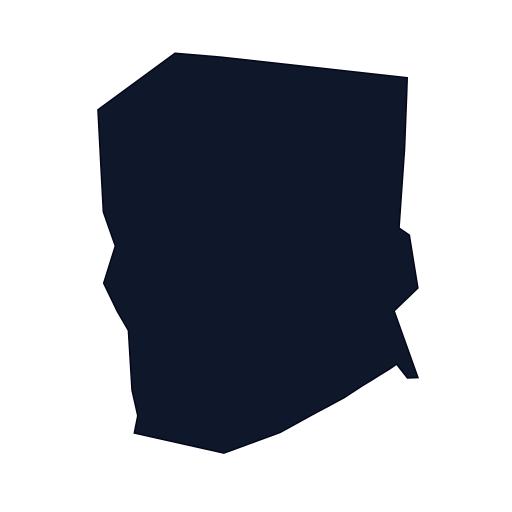 the district of Magdalena Zahuatlán, Oaxaca, Mexico, rotated 189°
{"feature_id": "50627088B33073953596655", "entity_name": "Magdalena Zahuatlán", "entity_type": "district", "adm_level": 2, "iso_a3": "MEX", "parent_name": "Mexico", "parent_adm1": "Oaxaca", "projection": "albers", "projection_center": [-97.231, 17.392], "detail": "fine", "context": "isolated", "style": "filled", "palette": "ink", "viewbox_px": 512, "rotation_deg": 189, "n_neighbors": 0, "source": "geoboundaries", "source_scale": "gbopen_adm2", "svg_char_len": 746}
<svg xmlns="http://www.w3.org/2000/svg" viewBox="0 0 512 512"><g transform="rotate(189 256 256)"><path d="M134.5,455.7L321.1,447.0L367.7,443.6L435.0,375.7L426.2,334.4L425.9,332.9L413.7,275.7L400.6,251.4L397.7,246.1L396.5,244.0L402.2,205.3L384.4,179.7L370.4,162.5L357.5,104.1L347.8,79.7L348.5,62.1L256.9,56.3L244.8,63.0L236.6,67.6L225.7,73.7L220.1,76.8L204.4,85.6L178.7,105.6L171.4,111.2L165.8,115.4L156.3,122.6L155.7,123.1L151.3,126.4L146.6,130.0L139.5,136.5L139.1,136.8L131.2,144.0L128.5,146.3L120.5,153.1L114.7,158.2L114.3,158.5L106.5,165.2L100.2,171.2L92.1,163.6L89.8,161.5L87.4,159.2L77.0,161.2L111.0,223.4L91.1,249.7L107.8,300.6L119.1,306.0L126.0,385.0L132.5,439.7L134.5,455.7Z" fill="#0f172a" stroke="#020617" stroke-width="1.5"/></g></svg>